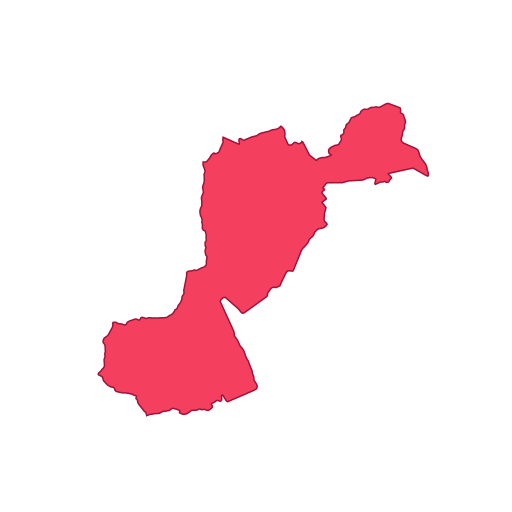 Midlands, Robinson projection, rotated 246°
{"feature_id": "ZWE-527", "entity_name": "Midlands", "entity_type": "Province", "adm_level": 1, "iso_a3": "ZWE", "parent_name": "Zimbabwe", "parent_adm1": "", "projection": "robinson", "projection_center": [29.518, -19.087], "detail": "fine", "context": "isolated", "style": "filled", "palette": "rose", "viewbox_px": 512, "rotation_deg": 246, "n_neighbors": 0, "source": "natural_earth", "source_scale": "10m", "svg_char_len": 6113}
<svg xmlns="http://www.w3.org/2000/svg" viewBox="0 0 512 512"><g transform="rotate(246 256 256)"><path d="M335.6,233.9L340.2,235.1L341.6,235.9L343.0,237.3L345.1,239.0L348.8,240.7L351.8,241.8L353.6,243.6L354.1,243.9L356.8,244.4L359.1,244.5L360.9,244.7L363.4,245.9L362.4,248.0L362.3,249.0L362.6,249.9L364.3,253.3L366.4,256.3L367.2,258.5L367.2,259.5L366.2,260.0L365.7,261.4L365.7,262.1L365.9,263.1L365.8,263.9L366.0,264.4L368.0,266.3L373.3,272.3L375.8,273.0L377.9,274.3L366.0,285.0L365.1,286.2L366.0,286.8L368.6,287.4L369.3,287.8L369.8,288.4L369.8,289.1L369.4,289.9L366.9,291.5L366.7,292.3L366.5,300.4L365.6,305.6L366.2,308.6L366.2,310.6L364.7,318.6L364.7,322.3L363.7,325.4L363.5,327.2L363.7,330.0L364.4,330.8L364.5,331.2L364.4,331.6L363.1,332.3L360.6,333.0L359.5,333.1L358.4,333.0L355.9,332.2L352.9,330.6L344.8,330.7L344.0,331.3L343.1,333.3L343.0,333.7L343.3,334.7L343.6,335.3L343.7,336.0L344.2,337.1L344.1,337.6L343.4,338.7L341.4,340.3L341.2,340.8L341.0,342.2L341.2,342.9L340.9,344.3L341.9,344.5L341.5,344.9L340.4,345.2L326.6,345.9L319.7,349.4L319.0,349.9L318.8,350.4L319.3,351.1L319.6,353.2L319.0,356.7L318.0,358.8L317.5,362.8L317.5,365.6L317.8,365.9L318.3,365.6L319.8,364.5L321.2,364.7L322.6,365.1L323.7,365.9L324.2,366.6L324.9,369.4L324.9,373.4L324.3,375.8L324.3,376.8L324.5,377.4L325.2,378.0L326.4,380.1L327.3,381.1L329.1,381.9L330.7,382.0L331.5,382.4L331.7,382.8L331.7,384.4L332.0,385.3L332.6,386.1L333.3,386.7L334.8,387.1L335.5,387.5L336.6,389.8L339.2,391.8L339.6,392.7L340.0,394.9L343.5,399.3L343.5,400.6L343.1,402.5L343.1,403.2L343.5,404.8L343.5,407.7L344.0,409.2L345.6,410.9L346.2,413.6L346.1,414.7L344.9,416.8L344.6,418.0L345.0,420.6L344.9,421.8L344.0,423.7L343.3,426.6L342.0,428.4L341.6,429.5L342.1,436.7L341.9,438.2L341.2,439.3L332.8,447.8L332.0,447.9L330.2,447.4L328.6,446.4L327.9,446.4L325.7,447.9L324.7,448.1L322.4,447.7L320.8,447.7L317.8,447.2L317.0,446.7L315.7,445.2L313.3,444.2L312.2,443.6L311.4,442.7L309.7,440.5L307.5,439.3L304.1,436.4L302.9,435.8L301.9,435.7L300.9,435.8L299.0,436.8L289.0,445.9L287.2,446.9L285.6,447.1L281.3,446.5L279.9,446.5L277.3,446.8L271.3,448.3L267.8,448.2L264.7,447.4L261.9,447.2L260.3,446.6L259.4,446.1L259.1,445.4L260.2,444.3L272.3,435.3L272.6,434.7L277.4,411.0L277.4,410.3L276.8,410.3L273.2,411.6L272.5,411.7L272.0,411.4L271.3,409.5L269.8,407.4L269.7,406.8L269.8,406.0L270.2,405.0L271.4,404.3L271.9,403.7L271.9,402.5L272.7,400.4L272.9,399.3L272.9,394.1L273.4,394.0L274.1,394.2L276.9,396.4L277.7,396.7L279.1,395.7L280.5,393.8L281.1,392.3L282.0,389.5L281.9,385.5L282.1,384.0L287.1,370.7L287.8,364.8L293.5,351.8L293.8,350.7L293.8,349.8L291.1,344.9L290.4,344.8L289.2,345.7L288.6,345.6L288.0,343.1L287.4,342.1L286.2,342.0L280.2,343.6L279.5,343.4L278.2,338.1L277.3,338.1L276.0,338.7L271.7,339.6L267.3,336.1L261.7,333.0L259.6,332.8L258.2,333.5L256.7,333.9L255.8,333.7L254.9,331.8L254.4,329.8L254.4,328.6L255.4,323.8L255.3,323.0L253.8,319.3L251.5,316.8L250.8,315.5L250.0,312.6L249.3,311.3L247.4,309.3L246.7,308.3L244.7,304.0L243.8,301.4L242.6,299.8L227.6,284.2L227.2,283.5L229.0,280.2L229.3,279.5L229.3,278.3L229.0,277.6L228.5,276.7L220.8,267.5L219.8,266.7L219.0,265.6L219.0,261.6L220.3,259.5L220.5,257.3L220.2,256.4L217.7,252.0L217.1,251.3L215.5,250.5L214.8,249.8L214.4,248.7L209.0,222.7L209.0,220.9L209.6,220.0L210.5,219.6L215.1,218.3L230.1,211.4L230.9,210.7L231.2,209.7L231.2,208.8L230.8,207.6L229.7,205.3L229.1,204.9L228.3,204.8L196.3,205.1L193.5,204.5L192.2,203.8L191.1,203.8L188.8,204.5L185.9,204.9L180.4,204.9L176.5,206.1L173.0,206.3L170.2,205.9L165.8,205.8L162.8,206.3L161.1,206.0L152.6,205.7L149.9,205.0L146.4,204.8L143.5,203.7L138.5,204.4L137.4,204.3L136.2,204.0L134.5,202.6L134.1,199.8L134.4,171.0L134.7,170.5L135.1,170.2L137.5,169.7L142.1,169.1L142.5,168.9L142.7,168.6L142.5,167.8L142.1,167.5L139.1,166.5L138.2,165.8L137.9,165.2L137.8,164.6L137.9,164.1L139.5,162.5L139.9,161.6L139.9,160.5L139.4,159.1L139.3,156.0L139.1,155.2L138.8,154.9L138.3,154.8L137.0,155.2L136.4,155.1L135.6,154.5L135.0,153.4L134.4,150.4L134.3,149.5L134.9,148.5L136.8,146.6L137.2,145.6L137.6,144.0L138.2,143.3L138.9,142.8L139.2,142.4L139.3,141.7L139.2,139.5L139.8,137.5L140.9,135.2L141.0,134.5L141.0,133.7L140.0,128.3L140.9,125.1L143.2,122.8L143.9,122.4L144.7,122.7L145.3,123.3L145.7,123.4L146.1,123.3L148.3,121.1L150.7,118.2L150.8,116.8L150.2,114.6L150.2,113.9L151.1,110.0L151.9,108.3L151.6,104.0L152.8,100.1L153.4,98.9L153.5,97.6L154.4,94.8L154.6,91.2L157.4,91.7L158.5,91.4L159.6,90.8L168.2,88.6L169.6,88.4L172.8,89.0L173.4,88.9L174.4,88.4L174.8,88.4L176.4,89.7L176.8,89.7L177.2,89.5L178.3,88.0L180.3,86.5L183.6,81.9L185.4,78.1L188.7,73.7L189.6,72.9L190.8,72.6L193.4,72.8L194.1,72.2L195.4,70.2L198.5,67.9L203.2,66.2L204.8,66.0L207.2,66.5L208.4,66.3L211.5,63.8L211.9,63.7L212.3,63.8L213.2,64.9L213.9,67.3L215.1,69.3L215.6,70.7L216.6,72.3L217.3,72.9L223.2,75.1L225.7,77.3L228.1,78.0L230.0,79.5L235.4,81.6L236.8,81.7L239.1,81.2L239.7,81.3L240.8,81.9L242.3,83.3L242.9,84.6L243.5,87.7L244.1,89.1L249.8,96.4L251.2,97.2L252.7,97.7L253.3,98.2L253.5,98.6L252.7,100.7L252.1,101.3L249.9,103.0L248.3,106.1L246.9,107.3L246.4,108.1L246.2,108.6L246.5,109.8L247.8,111.4L248.1,114.1L247.8,116.6L247.7,119.0L247.5,120.1L246.8,121.4L245.0,122.9L245.1,124.1L246.3,125.6L246.5,126.3L245.9,127.7L243.7,130.1L243.0,133.7L241.4,136.2L240.9,137.7L239.9,139.5L237.6,145.6L236.9,146.9L236.6,148.5L236.2,149.3L236.2,150.0L236.8,152.4L236.8,154.7L237.5,157.1L238.2,158.2L239.8,160.1L239.9,161.8L240.3,162.7L242.6,165.0L243.8,167.5L246.0,170.1L249.1,172.1L251.0,174.9L251.7,175.3L253.9,176.0L265.7,184.3L268.9,185.9L269.4,186.4L269.6,187.0L269.6,188.1L268.4,191.9L268.4,193.9L267.4,195.1L267.0,196.0L267.3,201.1L267.1,204.2L267.6,205.7L268.2,206.9L268.8,207.4L271.3,208.4L274.6,210.6L275.4,211.0L277.2,210.5L279.8,211.0L281.2,211.5L282.3,212.1L284.0,213.8L286.1,213.7L287.9,214.6L288.7,214.8L289.4,215.3L290.1,216.6L290.5,217.0L292.3,217.5L295.6,219.1L299.3,219.8L300.7,218.6L302.7,218.1L303.4,218.3L306.3,219.8L308.5,220.1L311.0,221.5L313.2,221.8L315.9,221.8L318.9,222.6L321.1,223.8L324.3,227.1L326.2,227.8L328.2,228.8L330.1,229.3L331.9,230.1L335.6,233.9Z" fill="#f43f5e" stroke="#9f1239" stroke-width="1.5"/></g></svg>